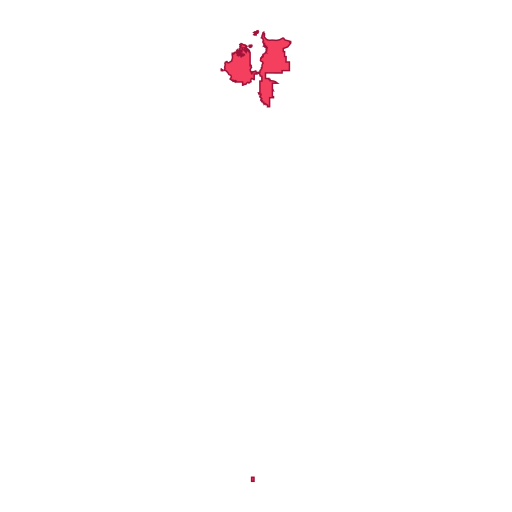 Unincorporated NT, Northern Territory, Australia
{"feature_id": "25037944B66789818675827", "entity_name": "Unincorporated NT", "entity_type": "district", "adm_level": 2, "iso_a3": "AUS", "parent_name": "Australia", "parent_adm1": "Northern Territory", "projection": "orthographic", "projection_center": [130.965, -18.633], "detail": "fine", "context": "isolated", "style": "filled", "palette": "rose", "viewbox_px": 512, "rotation_deg": 0, "n_neighbors": 0, "source": "geoboundaries", "source_scale": "gbopen_adm2", "svg_char_len": 5563}
<svg xmlns="http://www.w3.org/2000/svg" viewBox="0 0 512 512"><path d="M259.9,81.1L259.9,92.6L259.3,92.9L258.5,92.9L259.1,94.3L259.9,93.8L261.0,94.1L261.1,94.9L259.8,96.2L260.2,96.6L260.2,97.3L260.8,97.4L260.9,97.8L261.2,97.9L261.3,98.4L261.8,98.7L261.6,99.1L261.0,99.3L260.7,100.1L261.4,100.9L262.1,100.9L261.9,101.7L263.1,102.1L263.3,102.8L263.8,102.6L264.1,104.3L265.1,103.7L265.7,103.7L265.9,104.7L267.0,104.8L267.7,105.3L267.5,106.7L269.6,106.7L269.6,97.7L273.5,97.7L273.5,96.7L272.4,96.7L272.4,90.6L273.2,90.7L272.7,90.0L272.8,89.6L272.4,89.6L272.4,83.2L277.4,83.2L275.4,81.7L273.4,81.0L270.0,80.6L270.0,79.4L268.9,79.4L268.9,78.5L265.5,78.5L265.5,72.9L282.1,73.0L282.1,70.6L289.4,70.6L289.4,62.0L286.0,62.0L286.1,56.6L284.6,56.6L284.6,51.6L283.3,51.6L283.3,48.5L287.7,46.9L290.8,43.0L290.7,42.0L290.3,42.3L290.5,42.6L290.2,42.8L289.7,42.4L289.7,42.0L290.1,41.8L289.8,41.2L289.4,41.3L289.2,41.1L285.0,40.0L284.3,39.4L283.9,38.4L283.0,38.0L279.6,39.8L276.5,40.4L272.0,40.1L269.5,40.3L268.0,40.0L266.5,39.4L264.5,37.2L264.2,36.3L264.5,35.7L264.2,35.2L264.5,34.8L264.2,34.5L264.5,33.7L263.8,33.1L263.8,32.2L263.4,32.3L262.8,33.1L262.9,34.1L262.1,35.3L262.2,36.2L261.4,37.8L262.0,38.0L263.0,38.9L263.1,40.2L263.6,40.8L262.8,41.9L263.2,42.7L264.1,43.7L264.5,43.5L264.6,44.0L264.0,44.1L264.3,44.6L263.9,44.8L263.8,45.0L264.3,45.1L264.5,45.6L264.8,45.3L265.1,45.5L264.5,46.0L265.1,45.9L265.0,46.4L265.5,46.4L265.3,47.0L266.1,46.8L265.8,47.3L266.4,47.4L266.4,48.0L266.9,47.9L266.7,48.3L267.0,48.7L266.8,49.1L266.2,49.3L266.7,50.1L266.4,50.5L266.6,50.8L266.2,51.0L266.3,51.4L265.6,52.2L266.0,52.6L265.4,52.5L264.8,53.6L263.1,54.3L262.7,55.2L263.2,55.6L263.2,56.2L262.8,56.7L262.2,56.7L262.4,57.1L261.8,57.1L260.9,57.9L261.1,58.4L260.7,58.5L260.5,60.6L261.2,61.3L262.6,61.8L263.0,63.5L262.5,63.9L262.0,65.2L262.1,67.2L261.4,67.7L261.7,68.6L261.2,69.0L260.6,70.2L260.1,70.4L259.9,72.3L258.6,72.3L258.0,72.9L260.0,74.3L260.1,75.9L261.8,76.4L261.9,81.1L259.9,81.1ZM250.1,65.5L250.1,52.6L249.8,52.0L249.5,52.3L249.5,52.9L249.5,53.0L249.4,52.4L249.7,52.0L249.5,51.4L249.1,51.7L248.8,51.5L248.7,51.3L249.1,51.5L249.4,50.9L248.4,49.4L247.7,49.6L247.8,50.2L248.1,50.3L248.2,50.6L247.9,50.3L247.6,50.4L247.3,48.9L246.7,49.3L247.0,50.3L246.6,50.6L246.8,51.1L246.5,51.6L246.9,51.6L246.5,51.6L246.4,51.0L246.3,51.5L246.1,51.0L246.5,50.1L246.4,49.6L245.5,50.5L244.8,50.4L244.8,50.7L245.0,50.9L245.0,51.0L244.8,50.7L244.8,50.4L245.4,50.3L246.3,49.1L246.1,48.5L246.4,47.9L246.2,47.4L246.5,46.8L245.9,47.0L244.7,48.6L245.7,47.0L246.0,45.8L244.9,45.4L245.4,45.2L245.6,45.5L246.0,45.6L245.5,45.1L244.2,45.0L244.0,44.7L243.3,44.8L242.3,44.0L241.1,43.6L240.9,44.0L239.8,44.5L240.1,45.1L240.9,45.3L241.3,45.8L240.1,46.0L239.9,46.4L240.6,47.2L240.7,47.7L240.1,47.7L239.9,48.0L239.4,50.4L239.6,50.9L240.1,50.3L240.6,50.3L240.1,50.7L240.9,51.0L241.1,51.4L241.5,51.3L242.0,51.8L241.9,52.5L241.9,51.8L241.5,51.4L241.1,51.5L240.8,51.1L240.1,52.0L240.1,52.8L240.3,52.8L240.1,53.0L239.9,51.8L239.2,51.9L238.8,51.5L238.7,52.2L239.6,52.8L240.0,53.9L240.4,53.4L241.1,53.6L241.1,53.3L241.6,53.9L243.0,54.1L242.7,54.4L243.0,54.6L243.9,54.1L243.1,54.8L243.5,55.1L244.0,54.8L244.8,54.7L245.1,54.7L244.1,54.9L243.3,55.9L243.6,56.0L243.2,55.9L243.4,55.3L242.5,54.9L241.5,54.9L241.2,54.6L241.0,54.8L242.0,55.9L241.3,56.7L241.7,56.9L241.3,56.9L241.3,56.2L241.5,55.9L241.5,55.3L240.9,55.1L240.7,55.5L240.5,55.4L240.8,55.1L240.4,55.0L240.0,55.5L239.5,55.9L240.0,55.0L239.4,54.6L239.1,55.0L239.1,54.5L238.4,55.0L237.9,54.5L237.6,54.7L237.7,55.2L238.1,55.1L238.2,55.4L238.0,55.6L238.2,55.8L238.0,55.5L238.2,55.2L237.8,55.3L237.9,55.5L237.8,56.1L237.8,55.5L237.2,55.0L237.8,54.1L237.6,53.3L236.9,53.3L235.9,52.3L235.3,52.6L235.1,52.2L234.5,52.6L234.7,52.9L234.3,53.2L234.3,52.9L233.6,53.1L234.0,54.5L233.2,53.6L233.0,53.8L232.3,53.4L232.1,54.9L232.4,55.6L232.5,58.0L231.7,60.5L231.8,60.8L228.8,62.8L227.4,62.6L227.0,62.1L227.0,61.6L226.4,61.6L225.9,62.2L225.3,62.3L224.9,63.7L225.3,64.6L224.6,67.3L225.1,68.2L224.6,69.1L224.5,70.2L225.0,70.6L226.0,70.6L228.1,73.0L228.8,74.4L230.9,75.4L231.4,77.1L230.1,79.0L231.9,80.3L232.9,80.1L233.0,81.3L233.7,81.2L234.7,81.7L234.4,80.8L235.3,80.5L236.3,81.2L236.1,81.8L236.3,82.0L242.6,82.0L242.6,85.2L243.7,84.9L243.7,84.3L245.8,84.3L247.4,82.4L248.2,82.4L248.6,82.9L249.5,82.8L250.6,81.6L251.0,81.6L250.7,80.5L251.2,78.9L251.6,78.5L252.1,78.5L253.6,79.5L254.2,79.5L254.2,74.0L257.0,74.0L257.0,72.4L256.3,72.5L255.8,71.0L255.2,71.0L254.8,71.6L253.1,71.6L253.1,72.0L252.5,72.0L252.0,73.7L251.6,73.7L251.2,71.6L250.6,71.6L250.1,69.7L251.5,67.3L251.1,66.9L251.3,65.9L250.8,65.1L250.1,65.5ZM244.2,49.9L242.3,49.9L242.3,47.9L244.2,47.9L244.2,49.9ZM251.6,481.3L254.0,481.3L254.0,477.3L251.6,477.3L251.6,481.3ZM249.3,45.3L249.0,45.9L249.8,46.4L250.0,46.3L249.7,45.9L250.0,45.7L250.2,46.4L251.0,46.2L249.5,47.0L249.9,47.4L250.3,47.4L250.6,46.9L251.3,47.0L251.7,46.6L251.8,46.3L251.3,46.4L251.3,46.0L251.7,46.0L251.7,45.5L250.6,45.9L250.2,45.8L250.3,45.5L250.0,45.7L250.0,45.3L249.3,45.3ZM237.9,50.7L237.8,49.6L237.4,50.1L236.7,50.3L237.0,50.9L236.7,51.8L237.2,52.5L238.0,53.1L238.0,54.4L238.5,54.7L238.6,53.8L237.8,52.7L237.3,51.4L237.5,50.7L237.9,50.7ZM221.3,70.6L222.9,70.8L223.1,70.4L222.6,69.8L221.6,69.7L221.2,68.4L221.3,70.6ZM255.3,33.9L255.1,33.9L255.5,34.1L255.6,34.4L254.9,33.9L253.9,34.7L254.9,35.1L256.0,34.9L256.2,34.5L255.3,33.9ZM254.9,32.7L255.9,32.3L255.9,31.8L254.6,31.9L253.9,32.5L254.9,32.7ZM255.9,33.0L257.7,33.2L258.0,32.7L256.9,32.5L255.9,33.0ZM256.2,31.2L257.5,31.5L258.3,31.2L258.0,30.7L256.2,31.2Z" fill="#f43f5e" stroke="#9f1239" stroke-width="1.5"/></svg>